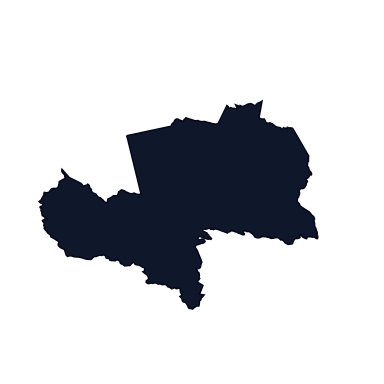 Canindé, Ceará, Brazil (Equal Earth projection), rotated 296°
{"feature_id": "56859067B68432351022715", "entity_name": "Canindé", "entity_type": "district", "adm_level": 2, "iso_a3": "BRA", "parent_name": "Brazil", "parent_adm1": "Ceará", "projection": "equal_earth", "projection_center": [-39.487, -4.403], "detail": "fine", "context": "isolated", "style": "filled", "palette": "ink", "viewbox_px": 384, "rotation_deg": 296, "n_neighbors": 0, "source": "geoboundaries", "source_scale": "gbopen_adm2", "svg_char_len": 5975}
<svg xmlns="http://www.w3.org/2000/svg" viewBox="0 0 384 384"><g transform="rotate(296 192 192)"><path d="M285.0,185.5L265.3,185.5L263.8,184.2L263.2,183.0L262.3,179.9L262.0,177.6L261.6,176.2L260.9,172.4L259.7,170.2L259.2,169.0L258.9,167.7L258.9,166.2L258.3,165.1L257.4,163.8L256.0,154.0L253.5,153.1L251.8,153.4L251.6,152.3L251.2,149.2L251.4,147.2L250.7,146.0L249.7,145.3L247.6,145.0L246.5,145.5L245.8,144.7L244.7,144.2L241.9,144.3L214.5,109.3L213.6,108.9L211.3,111.0L167.7,147.2L166.8,145.6L166.1,144.7L165.7,142.5L165.7,140.6L163.6,138.0L163.3,135.7L163.3,134.4L163.1,132.6L163.5,130.9L163.4,129.7L163.0,127.7L161.9,127.2L159.8,126.0L157.5,126.5L155.9,126.4L154.2,122.9L153.1,122.6L150.5,120.9L148.9,119.5L145.7,120.4L144.9,119.5L144.6,118.2L145.1,116.8L145.6,115.9L146.6,112.2L146.3,110.7L146.5,109.3L147.2,108.0L147.9,106.8L147.8,103.4L148.4,101.7L149.2,100.9L150.2,100.4L150.7,99.3L150.9,98.1L152.1,97.4L152.9,96.6L153.3,94.9L152.3,94.6L149.9,91.9L150.1,90.7L151.1,88.5L151.2,75.4L155.4,65.2L154.3,65.5L153.4,66.1L152.5,67.5L152.0,68.9L151.2,70.3L150.3,70.7L149.4,71.6L148.4,71.8L147.4,71.1L146.4,70.3L144.7,69.3L143.8,68.5L142.6,68.2L141.3,68.9L138.0,69.5L136.3,69.1L135.4,67.9L134.5,65.8L133.4,64.6L132.2,64.0L131.1,64.0L128.8,63.4L127.9,62.0L127.2,60.7L126.9,59.4L125.7,59.6L125.1,60.8L124.1,59.9L123.0,60.2L120.5,59.8L118.6,59.9L117.7,59.3L116.3,58.8L115.7,60.9L116.0,63.3L114.7,63.7L113.4,63.2L112.3,62.0L111.4,62.3L111.1,63.7L109.1,64.4L108.3,65.6L105.1,67.7L105.1,69.1L104.6,71.5L104.4,73.2L103.5,71.6L102.4,71.4L100.9,70.0L100.1,70.8L99.5,72.8L97.0,73.4L95.9,74.8L94.5,75.1L93.5,77.0L93.0,78.6L92.0,80.1L91.6,81.8L91.5,83.4L90.5,84.1L89.8,84.9L89.7,88.2L89.0,94.0L87.7,94.5L86.5,94.5L85.5,95.2L84.9,96.3L84.4,98.0L84.3,100.8L84.5,102.0L83.8,103.1L82.4,104.5L81.6,105.1L80.0,106.8L79.6,108.5L81.0,110.0L81.6,111.1L81.9,112.6L82.0,114.1L82.9,116.5L83.6,118.0L84.5,121.2L85.2,126.0L86.7,130.1L87.7,131.1L89.5,131.6L91.4,132.7L91.9,134.0L94.0,135.9L94.8,136.7L95.3,138.5L96.4,139.7L96.9,140.9L96.5,142.2L95.0,143.9L95.4,145.5L96.1,146.2L94.7,148.2L95.1,149.8L95.8,151.3L96.5,153.2L98.3,154.3L98.3,156.0L98.0,157.7L96.8,158.5L96.4,159.8L96.6,161.5L96.1,164.0L97.9,166.8L98.6,168.4L101.3,169.1L103.3,170.4L102.7,171.8L102.0,172.6L102.5,175.0L103.0,176.1L103.0,177.4L102.9,179.1L102.6,180.6L103.2,181.6L102.7,182.7L100.9,183.8L99.8,183.7L98.8,182.8L98.1,185.5L98.0,186.8L97.8,188.0L96.5,189.9L95.3,190.7L94.4,191.1L92.1,189.9L90.6,190.5L90.4,192.2L90.7,193.4L91.7,194.4L92.5,195.8L92.7,196.9L93.6,197.8L94.2,198.9L94.6,200.0L94.3,201.7L95.5,203.9L95.6,205.8L96.9,207.8L97.3,209.4L96.8,210.9L96.2,211.6L96.4,212.9L96.4,214.6L96.1,216.2L98.4,218.3L98.2,220.0L98.9,221.4L99.8,222.0L100.0,223.2L99.2,224.3L98.1,224.7L96.5,225.9L95.9,227.3L95.1,227.8L94.2,227.8L92.8,226.9L92.0,229.3L89.9,231.1L89.4,232.4L89.8,233.6L89.5,235.5L87.9,238.0L86.9,238.9L86.1,240.5L86.9,242.3L87.0,243.8L89.7,245.0L91.2,246.0L92.0,246.9L92.5,248.1L94.1,247.8L96.7,246.7L97.7,246.6L98.8,247.2L100.1,246.9L101.2,247.0L102.5,247.5L104.8,248.0L103.4,243.6L112.8,242.8L113.5,236.0L117.6,236.9L118.2,235.6L119.2,235.6L120.2,235.3L122.7,233.4L122.7,231.6L123.6,231.4L124.1,230.3L125.0,229.8L125.6,231.0L126.4,231.9L127.6,232.5L129.2,232.3L130.8,231.7L133.2,231.6L135.3,229.5L141.6,222.4L142.5,221.1L143.8,218.8L146.7,219.1L147.3,220.5L148.4,221.4L149.0,222.2L149.8,222.8L150.7,224.2L151.8,225.0L153.1,225.5L154.1,224.5L154.4,223.1L154.1,221.5L153.0,220.6L152.3,219.8L152.5,218.1L153.4,217.1L154.6,217.8L155.5,218.5L156.3,225.9L156.7,227.4L157.4,228.2L157.8,229.9L158.7,229.9L159.3,228.4L159.9,226.4L160.7,225.6L160.9,224.1L161.7,223.4L161.7,220.0L161.9,218.7L162.8,217.9L163.9,218.4L164.3,220.2L165.4,221.8L166.3,222.6L167.2,223.7L166.6,225.1L167.4,226.3L167.6,227.8L168.6,228.4L169.4,230.0L170.0,233.7L170.0,235.5L170.4,237.8L170.6,241.7L171.7,242.2L173.3,243.7L174.4,244.3L175.2,247.0L175.1,248.2L175.6,250.1L175.3,251.8L175.8,253.6L175.7,254.7L175.8,256.4L176.6,257.6L177.5,257.4L178.1,255.6L179.4,255.3L180.0,256.2L180.5,257.2L180.5,258.5L180.8,259.6L181.7,260.5L181.2,262.1L181.1,263.3L180.2,266.7L179.2,267.9L179.2,269.9L179.7,271.4L180.4,272.6L181.4,273.7L182.3,273.9L182.8,274.8L184.3,278.1L184.4,279.5L184.9,281.0L185.0,283.4L186.0,285.4L187.2,286.6L188.4,288.5L188.6,290.3L187.8,292.9L188.6,293.9L187.9,296.7L187.2,297.7L187.0,301.4L189.5,305.0L191.4,304.6L193.2,304.7L194.7,304.9L195.8,305.8L196.4,307.2L197.1,308.1L198.3,309.0L200.7,307.9L201.2,309.3L200.3,310.3L200.0,311.4L200.0,314.4L200.3,315.5L202.4,315.2L203.8,318.4L204.2,320.2L205.0,321.2L205.0,322.4L204.7,324.0L205.1,325.2L206.4,324.9L207.7,324.1L208.8,323.0L209.7,322.7L210.9,322.0L211.8,320.8L213.9,318.9L214.7,317.7L215.8,316.7L217.2,316.2L219.8,313.9L220.8,314.2L221.8,313.7L223.1,312.3L223.6,310.8L223.8,309.4L224.7,308.1L225.5,305.9L226.2,299.6L227.0,295.0L228.0,294.2L228.7,293.1L229.2,291.5L230.2,290.4L232.7,289.5L233.9,289.9L237.3,289.5L238.5,289.0L239.4,288.1L240.2,287.5L241.1,287.8L242.4,287.9L243.2,289.0L243.6,290.1L244.7,291.0L246.0,291.4L247.0,291.3L247.9,291.5L250.4,290.9L251.9,291.2L252.8,290.3L253.2,288.8L254.1,288.3L254.6,289.2L255.6,290.1L256.7,290.4L259.2,290.4L259.7,291.8L260.8,291.5L261.8,290.4L262.3,289.5L262.7,287.9L265.0,286.1L266.0,284.3L267.3,283.7L269.8,282.9L270.9,283.2L271.9,282.3L272.8,282.3L273.7,281.7L275.5,281.1L293.4,254.5L293.0,253.1L292.6,251.8L292.0,250.8L291.9,249.3L290.5,249.5L290.4,248.1L289.9,247.1L289.9,246.0L288.7,246.1L287.8,245.2L288.3,244.0L288.5,242.9L287.7,240.3L287.5,238.6L287.9,237.1L288.1,235.6L288.5,234.5L288.3,231.6L287.4,230.8L286.9,229.3L286.9,228.1L289.3,225.0L288.1,222.5L288.0,221.0L287.8,219.8L304.4,215.1L302.1,213.6L300.9,212.3L299.0,211.4L297.8,211.4L297.1,209.8L297.3,207.8L297.2,206.0L296.0,204.3L294.7,203.0L291.2,200.4L290.8,199.0L290.8,197.4L289.9,197.8L289.5,193.0L287.7,195.2L286.9,195.9L286.0,195.1L285.7,193.2L284.8,191.4L284.9,189.8L284.1,189.5L283.5,188.3L284.6,187.3L285.0,185.5Z" fill="#0f172a" stroke="#020617" stroke-width="1.5"/></g></svg>